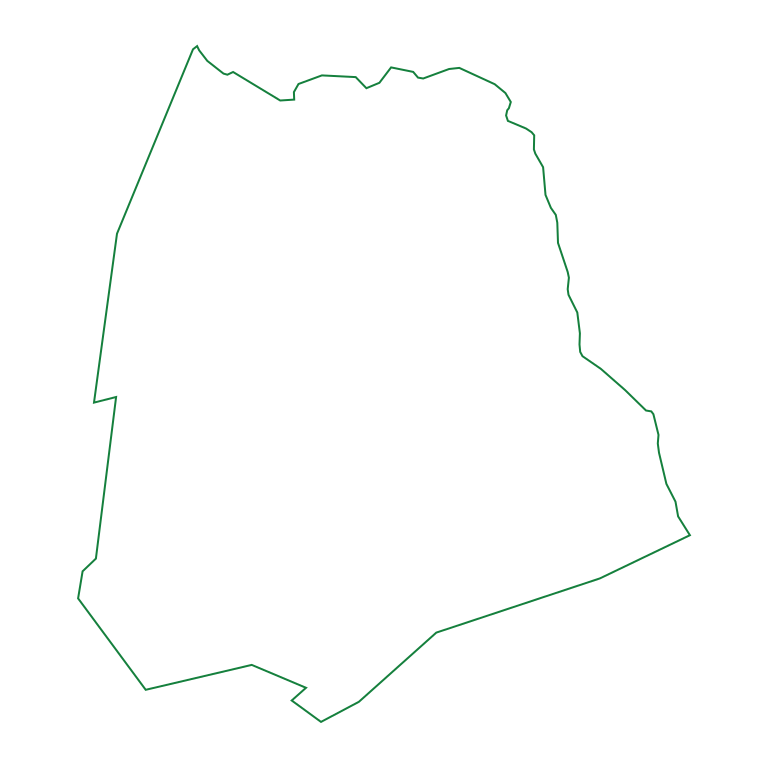 outline of Hart, Georgia, United States of America
{"feature_id": "52423323B38261098035275", "entity_name": "Hart", "entity_type": "district", "adm_level": 2, "iso_a3": "USA", "parent_name": "United States of America", "parent_adm1": "Georgia", "projection": "equal_earth", "projection_center": [-82.915, 34.353], "detail": "fine", "context": "isolated", "style": "outline", "palette": "green", "viewbox_px": 768, "rotation_deg": 0, "n_neighbors": 0, "source": "geoboundaries", "source_scale": "gbopen_adm2", "svg_char_len": 1035}
<svg xmlns="http://www.w3.org/2000/svg" viewBox="0 0 768 768"><path d="M197.1,46.1L193.0,49.3L117.0,233.7L94.0,402.6L116.1,397.0L95.9,558.6L82.6,571.3L78.1,598.4L145.7,689.8L251.7,664.9L306.0,687.8L291.7,700.5L321.0,721.9L358.9,701.8L436.3,632.6L599.9,578.4L689.9,535.2L678.1,516.4L675.5,501.7L666.4,483.9L659.0,452.7L657.8,443.5L658.5,434.9L653.4,414.2L651.3,411.4L646.0,410.5L625.0,390.0L614.7,381.0L600.9,368.9L582.5,356.2L580.2,351.9L579.5,344.5L579.9,333.3L577.3,312.5L568.5,294.8L567.7,289.2L568.9,277.7L567.7,272.0L559.5,247.4L558.0,242.9L557.3,222.7L555.8,214.9L550.9,207.9L545.5,194.9L543.1,167.2L535.3,153.6L533.9,149.4L534.2,135.3L531.6,132.2L526.0,128.5L507.9,120.9L506.1,115.5L507.2,110.3L508.9,108.2L510.8,102.0L505.4,93.0L494.7,84.2L459.3,67.9L449.1,69.0L423.2,78.5L418.0,77.6L413.2,71.9L391.1,67.4L379.4,82.8L366.4,88.2L355.7,77.1L321.9,75.4L299.3,83.7L298.5,84.0L293.9,92.1L294.2,99.6L280.2,100.5L233.1,72.0L227.4,74.7L223.5,73.6L207.3,60.9L199.2,50.4L197.1,46.1Z" fill="none" stroke="#15803d" stroke-width="2"/></svg>